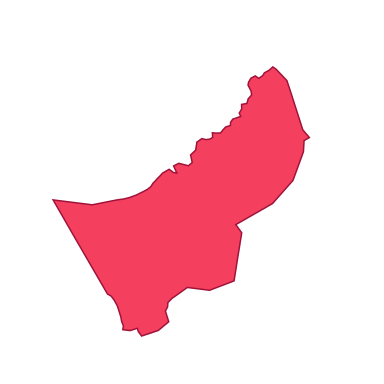 outline of Nova Cruz, Rio Grande do Norte, Brazil, rotated 135°
{"feature_id": "56859067B97026747899103", "entity_name": "Nova Cruz", "entity_type": "district", "adm_level": 2, "iso_a3": "BRA", "parent_name": "Brazil", "parent_adm1": "Rio Grande do Norte", "projection": "robinson", "projection_center": [-35.448, -6.46], "detail": "fine", "context": "isolated", "style": "filled", "palette": "rose", "viewbox_px": 384, "rotation_deg": 135, "n_neighbors": 0, "source": "geoboundaries", "source_scale": "gbopen_adm2", "svg_char_len": 1298}
<svg xmlns="http://www.w3.org/2000/svg" viewBox="0 0 384 384"><g transform="rotate(135 192 192)"><path d="M69.7,157.6L52.3,191.4L46.1,203.7L45.7,219.5L46.4,223.3L51.6,223.6L56.5,225.1L59.5,224.3L64.4,225.1L65.2,229.4L69.9,230.8L74.2,229.7L76.8,228.0L78.9,221.5L81.3,218.4L86.2,218.2L90.6,215.8L95.0,218.9L98.1,215.6L102.8,214.4L104.1,211.0L111.6,214.7L115.5,214.0L117.8,211.9L122.3,214.2L125.8,214.0L130.1,213.6L133.6,216.9L135.7,219.5L138.8,216.0L142.0,216.8L145.1,219.2L147.3,222.8L153.3,223.8L159.8,219.0L166.8,219.2L171.0,212.7L176.0,213.1L181.0,221.6L186.6,223.4L189.3,216.2L191.3,218.8L192.1,224.2L199.5,226.2L202.6,226.0L206.8,226.0L210.4,225.8L213.4,225.8L217.2,224.9L221.7,225.4L226.6,226.9L233.9,229.4L240.1,232.3L245.0,235.2L250.7,239.5L255.6,242.8L271.6,253.5L295.8,284.6L307.7,240.6L309.5,233.8L319.2,197.3L323.9,179.6L322.8,175.7L323.5,170.4L325.4,164.1L330.6,154.1L333.3,150.2L335.2,145.8L338.3,143.6L333.8,137.8L327.1,134.3L328.7,131.1L329.5,125.8L313.7,117.9L300.2,116.7L295.0,126.6L290.5,128.0L287.2,130.9L281.1,130.9L276.8,130.1L262.8,127.8L249.1,110.1L225.1,99.4L205.2,113.9L198.1,119.0L185.7,128.0L184.1,138.0L150.3,128.8L143.2,126.9L115.4,128.6L112.4,128.8L95.8,136.5L84.7,141.7L76.4,149.1L70.5,147.5L69.7,157.6Z" fill="#f43f5e" stroke="#9f1239" stroke-width="1.5"/></g></svg>